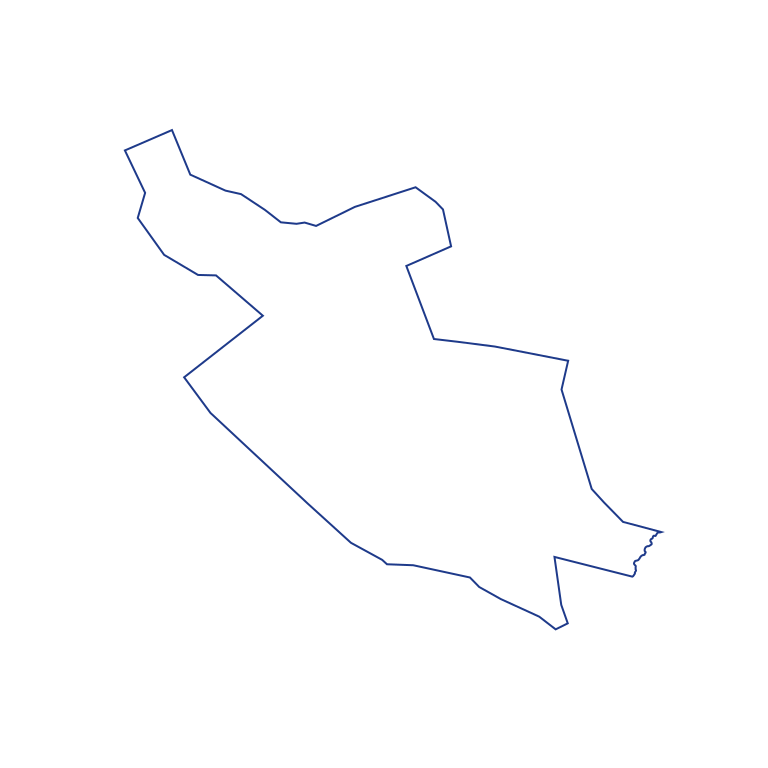 outline of Su'mber, Dornogovi, Mongolia, rotated 102°
{"feature_id": "93677404B97636792882766", "entity_name": "Su'mber", "entity_type": "district", "adm_level": 2, "iso_a3": "MNG", "parent_name": "Mongolia", "parent_adm1": "Dornogovi", "projection": "mercator", "projection_center": [108.779, 46.503], "detail": "fine", "context": "isolated", "style": "outline", "palette": "blue", "viewbox_px": 768, "rotation_deg": 102, "n_neighbors": 0, "source": "geoboundaries", "source_scale": "gbopen_adm2", "svg_char_len": 1530}
<svg xmlns="http://www.w3.org/2000/svg" viewBox="0 0 768 768"><g transform="rotate(102 384 384)"><path d="M323.0,208.7L324.3,283.3L327.4,320.8L329.6,344.5L263.9,386.7L235.4,347.0L201.0,362.6L195.1,371.4L185.0,394.0L216.8,449.3L243.5,483.3L242.6,495.2L245.5,502.9L247.3,518.5L238.4,536.8L228.0,563.3L227.8,579.3L219.5,617.0L179.7,644.2L209.4,686.0L246.7,657.4L272.8,659.4L303.4,625.9L316.0,588.6L312.7,570.9L342.4,516.7L419.0,580.9L448.4,547.7L516.9,433.6L546.2,383.3L556.4,349.2L559.7,343.6L555.2,317.7L555.4,259.7L562.8,248.6L570.1,225.0L579.3,183.8L588.3,165.1L579.9,154.5L563.2,164.7L517.7,181.3L520.8,101.1L520.2,100.4L519.1,99.9L517.4,99.2L517.0,99.2L516.4,99.4L516.1,99.4L514.8,98.9L514.2,98.7L513.8,98.8L513.1,99.2L512.7,99.5L511.8,99.5L511.1,99.8L510.3,99.8L509.8,99.9L509.4,100.2L508.7,101.3L508.0,102.0L507.4,102.2L506.5,102.1L505.3,101.7L504.8,101.4L504.1,99.9L503.6,99.0L503.2,98.6L501.6,97.8L500.0,97.3L498.6,96.5L497.6,95.4L497.5,95.0L497.3,94.3L496.7,93.6L496.2,93.6L495.7,93.6L495.4,93.5L494.8,93.1L494.1,93.1L493.8,93.4L493.1,94.3L492.1,94.6L490.9,94.6L489.4,94.2L488.6,93.5L487.9,92.6L487.6,91.4L487.1,90.7L486.2,89.9L485.4,89.1L484.8,88.9L484.2,89.1L483.4,89.5L482.6,90.5L482.0,90.9L481.0,90.9L480.4,90.7L479.9,90.1L479.4,89.5L478.9,89.2L477.7,89.2L477.1,89.1L476.6,88.8L476.3,88.5L476.2,88.0L476.3,87.3L476.1,86.8L475.5,86.6L474.7,86.3L473.2,85.8L472.5,85.3L472.2,84.7L471.7,82.9L471.2,82.0L469.2,121.5L454.1,144.2L443.5,159.0L352.5,209.2L323.0,208.7Z" fill="none" stroke="#1e3a8a" stroke-width="2"/></g></svg>